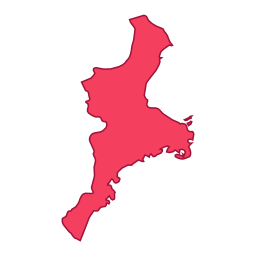 the border of Mie
{"feature_id": "JPN-1843", "entity_name": "Mie", "entity_type": "Prefecture", "adm_level": 1, "iso_a3": "JPN", "parent_name": "Japan", "parent_adm1": "", "projection": "robinson", "projection_center": [136.438, 34.459], "detail": "fine", "context": "isolated", "style": "filled", "palette": "rose", "viewbox_px": 256, "rotation_deg": 0, "n_neighbors": 0, "source": "natural_earth", "source_scale": "10m", "svg_char_len": 3721}
<svg xmlns="http://www.w3.org/2000/svg" viewBox="0 0 256 256"><path d="M172.5,45.3L171.6,45.7L169.3,45.1L163.9,48.9L161.2,51.4L160.1,53.6L160.0,54.5L159.4,55.9L159.2,56.6L159.5,57.5L161.6,57.7L159.6,59.3L159.9,62.0L158.8,65.2L156.0,70.4L149.8,78.2L146.2,83.2L145.2,89.7L144.6,92.6L144.3,95.6L144.6,96.3L145.8,98.6L146.3,99.1L147.6,99.9L147.5,101.6L146.9,103.6L146.8,105.1L148.1,107.1L150.2,107.9L155.6,108.0L158.1,108.7L160.0,110.4L161.7,112.4L163.5,114.1L172.6,120.0L178.9,122.7L180.2,124.0L181.5,123.5L183.2,123.6L184.8,124.1L186.0,125.0L186.8,126.7L187.0,128.3L187.4,129.7L188.6,131.1L190.2,131.7L191.5,131.5L192.6,131.6L193.6,133.1L193.7,134.7L192.7,140.0L191.2,139.3L189.8,139.1L188.6,139.6L187.6,141.0L188.2,142.0L189.1,142.8L190.3,143.3L191.8,143.1L189.9,144.9L189.2,145.9L188.6,147.0L189.6,148.6L190.4,151.0L190.7,153.7L190.1,156.0L188.9,156.9L184.7,158.5L182.8,159.0L180.7,158.8L177.8,158.0L175.4,156.7L175.2,155.1L177.0,154.4L179.6,155.0L182.1,156.0L183.5,157.1L183.3,156.1L183.1,154.7L182.8,154.0L184.4,155.1L185.3,152.0L184.1,150.0L181.8,149.3L179.4,150.0L179.7,151.0L179.6,151.4L179.5,151.9L179.4,153.0L175.2,150.0L173.2,151.7L169.4,152.5L166.6,151.9L167.3,149.5L169.1,146.6L167.1,146.1L163.4,147.3L160.2,149.1L162.4,149.7L162.3,151.4L160.8,153.2L156.9,154.8L155.1,156.3L153.2,156.6L151.0,154.0L150.2,154.9L149.7,155.3L149.4,155.8L149.3,157.1L145.9,155.3L144.7,155.1L144.1,156.8L143.4,158.1L142.7,159.0L143.7,161.4L142.3,161.5L138.5,160.0L133.1,163.7L131.8,165.1L127.8,165.1L122.0,168.1L117.5,172.4L117.2,176.6L118.6,177.7L119.6,178.2L119.9,179.0L119.2,181.0L118.6,181.8L117.6,182.4L116.5,182.9L115.6,183.0L114.3,182.4L112.8,179.6L111.8,179.1L111.0,179.8L109.1,182.9L107.6,183.9L107.6,185.0L109.4,185.0L110.7,185.5L111.5,186.7L111.8,188.6L114.0,190.8L115.1,192.4L114.7,193.1L114.5,193.9L114.6,197.8L114.3,199.1L112.5,199.9L111.1,199.0L110.1,197.4L109.3,195.9L107.7,197.6L106.0,199.1L106.0,200.0L108.7,200.5L109.6,202.4L108.9,203.9L106.7,202.9L106.1,205.5L105.2,206.4L101.1,207.1L100.6,207.5L99.6,208.6L98.4,210.4L97.7,210.8L96.3,211.0L93.8,210.7L89.4,217.2L83.0,233.7L80.2,240.6L76.9,238.8L74.9,238.1L73.4,236.6L72.3,235.2L71.2,233.4L69.1,231.7L64.3,225.9L62.9,223.7L62.3,221.5L62.3,220.4L62.4,218.5L65.8,216.6L66.7,214.9L67.7,212.0L68.8,211.1L70.6,211.1L71.3,210.4L71.9,209.3L75.8,206.9L77.8,204.1L79.1,201.7L79.9,199.2L81.5,195.9L83.1,194.2L85.3,193.3L91.6,193.5L92.9,193.2L93.4,192.2L92.1,189.7L91.5,187.6L94.4,176.5L94.5,174.7L94.1,167.3L95.4,161.6L95.5,159.7L94.8,157.7L93.8,155.7L93.3,153.6L94.0,152.3L94.2,151.0L91.0,143.7L90.1,141.9L89.5,139.9L89.7,137.5L90.9,135.3L92.7,133.6L94.9,132.9L100.2,132.0L102.7,130.9L105.8,128.0L106.7,126.0L106.8,124.0L106.4,122.6L105.7,121.8L103.2,121.4L102.0,120.6L100.8,117.9L99.8,117.0L98.4,116.8L96.8,116.9L95.0,116.7L92.9,115.8L90.3,114.3L88.4,112.8L87.5,111.1L87.6,109.0L88.3,106.6L88.2,104.6L87.6,103.5L86.1,102.5L85.8,102.0L86.0,101.4L88.8,100.6L89.9,99.2L89.0,96.1L88.7,94.0L88.3,92.4L87.8,91.6L87.2,91.1L85.6,90.6L81.5,82.1L91.1,78.1L93.5,75.4L94.9,73.4L93.4,70.3L93.6,68.7L94.9,67.9L96.3,67.7L103.1,69.1L110.4,69.0L119.0,66.7L122.8,64.7L125.2,62.8L126.1,61.3L127.5,59.8L128.8,58.2L129.8,56.4L130.6,53.9L131.2,51.6L132.0,45.9L133.7,40.0L135.0,29.9L134.9,28.5L134.1,27.1L130.6,22.4L129.6,19.6L143.7,15.4L145.3,15.7L146.6,16.7L147.9,19.4L149.0,20.9L152.2,23.7L156.2,26.1L163.0,28.9L164.3,31.4L166.0,33.5L167.4,35.8L169.2,40.5L170.6,43.0L172.5,45.3ZM189.4,117.4L190.2,116.4L191.8,116.1L190.9,117.3L191.0,118.3L189.3,118.7L187.4,120.0L185.3,120.5L184.4,119.8L186.4,118.9L189.4,117.4ZM189.6,122.5L190.5,121.4L191.7,121.6L191.4,122.8L190.9,124.0L189.5,124.9L188.6,125.6L187.9,124.4L187.3,123.3L189.6,122.5Z" fill="#f43f5e" stroke="#9f1239" stroke-width="1.5"/></svg>